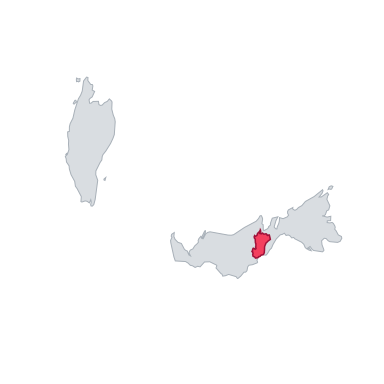 Telang Usan, Sarawak, Malaysia (highlighted), rotated 27°
{"feature_id": "92858781B46981369874280", "entity_name": "Telang Usan", "entity_type": "district", "adm_level": 2, "iso_a3": "MYS", "parent_name": "Malaysia", "parent_adm1": "Sarawak", "projection": "equal_earth", "projection_center": [114.732, 3.333], "detail": "fine", "context": "in_parent", "style": "filled", "palette": "rose", "viewbox_px": 384, "rotation_deg": 27, "n_neighbors": 0, "source": "geoboundaries", "source_scale": "gbopen_adm2", "svg_char_len": 6466}
<svg xmlns="http://www.w3.org/2000/svg" viewBox="0 0 384 384"><g transform="rotate(27 192 192)"><path d="M320.0,190.6L318.1,190.1L315.3,187.8L312.5,187.0L304.5,187.0L303.3,186.3L301.7,187.6L298.9,186.5L297.3,186.6L295.5,188.0L293.0,186.8L291.7,188.8L290.1,190.1L288.4,195.5L288.0,202.0L288.3,206.0L287.5,208.2L287.2,212.7L286.6,214.7L284.3,215.6L283.3,214.9L281.3,217.7L280.8,218.8L280.7,223.2L282.3,224.7L282.2,225.6L278.9,229.3L276.0,231.4L275.6,233.3L276.7,237.2L276.2,239.0L274.7,239.9L273.6,244.9L272.2,248.1L271.7,248.4L269.7,247.4L262.1,248.8L259.8,251.4L257.6,253.0L255.9,251.5L255.0,251.6L247.9,248.8L247.6,246.4L246.9,246.0L239.5,246.1L234.9,248.7L233.2,255.0L230.8,255.6L229.0,257.8L225.8,257.5L223.8,258.1L220.7,257.1L217.8,256.9L208.4,261.0L205.4,258.1L196.2,246.9L194.9,244.9L194.7,241.5L193.6,240.9L193.3,240.0L193.1,238.9L194.6,236.2L196.0,239.8L198.3,241.8L202.2,243.2L205.9,242.7L211.1,246.4L212.8,246.9L214.5,246.7L217.8,249.5L219.7,249.6L217.1,247.7L216.7,246.2L216.9,244.5L218.6,242.3L218.9,238.8L220.2,235.4L220.5,233.8L219.5,232.5L219.3,230.4L220.0,227.5L221.8,229.0L223.2,228.6L223.2,223.2L224.3,220.9L226.1,219.3L243.7,214.0L246.6,212.7L248.5,211.1L254.9,199.7L262.4,189.0L263.4,185.3L263.4,182.6L263.8,182.0L264.6,181.6L266.3,183.0L267.2,184.0L268.7,188.6L270.2,188.8L272.6,193.2L273.2,193.7L273.9,193.4L275.9,190.6L276.4,188.5L276.0,188.2L276.9,185.8L276.1,184.3L275.4,178.9L279.8,175.1L279.8,179.5L281.1,185.9L283.3,186.8L284.4,186.4L283.8,184.5L283.6,180.7L283.0,178.2L281.6,175.1L285.3,174.4L288.1,171.0L288.6,168.8L286.8,167.5L286.0,165.9L286.0,164.2L288.9,160.1L289.2,161.3L291.1,161.6L292.0,161.6L293.2,159.9L293.9,157.5L296.1,154.2L297.3,149.0L302.9,140.6L307.3,130.7L308.2,131.5L308.5,134.2L307.5,138.8L309.5,137.7L312.9,131.2L314.9,132.2L314.7,134.0L315.5,137.3L321.1,141.7L321.9,145.9L320.6,147.5L321.1,151.7L320.6,153.0L318.8,154.2L323.8,153.0L326.7,150.6L328.5,154.6L325.6,156.2L326.3,157.9L329.0,156.9L330.6,155.5L332.2,155.8L334.8,157.5L335.6,158.4L336.1,160.4L337.9,161.1L341.8,163.8L345.3,163.8L346.5,165.2L346.4,168.7L344.6,170.8L337.3,173.7L335.4,173.6L332.7,172.6L330.8,173.2L329.6,176.6L331.8,180.0L335.6,183.5L336.1,184.4L335.4,186.1L326.9,188.9L325.1,188.6L321.9,186.9L320.0,190.6ZM45.0,142.3L45.9,137.5L47.3,137.2L48.6,140.0L53.0,142.2L54.4,141.5L55.0,141.9L55.6,142.7L56.8,146.5L59.6,146.6L59.9,152.6L58.6,155.0L58.4,156.6L60.5,159.4L61.7,158.7L62.8,156.2L67.5,153.7L69.4,156.4L71.2,156.4L72.5,155.4L73.5,152.1L75.4,149.7L76.1,146.6L78.9,147.4L79.9,148.1L82.9,154.6L86.9,159.2L89.9,161.8L91.7,164.3L96.7,176.1L97.2,180.0L97.4,185.8L96.6,194.7L95.7,199.1L95.9,201.2L97.1,204.4L96.7,207.4L96.8,216.9L98.4,220.3L102.7,224.4L109.1,242.6L110.2,247.8L109.6,249.8L108.4,250.3L107.4,249.2L106.8,246.7L105.3,244.8L105.5,248.3L102.7,247.9L100.8,248.5L98.5,250.9L97.4,251.0L95.5,246.4L88.2,241.2L85.5,239.8L82.7,235.8L76.4,231.5L72.3,227.2L70.6,224.5L66.5,222.2L64.7,219.4L63.0,217.9L63.9,215.2L63.1,210.1L60.2,205.4L58.8,202.2L56.1,198.9L53.9,194.9L55.2,193.7L53.1,189.4L52.4,186.3L52.4,180.3L50.3,172.0L48.5,160.5L48.8,156.4L48.4,152.0L45.0,142.3ZM313.1,126.9L312.1,128.0L311.9,125.0L313.2,123.3L315.0,123.0L315.1,125.8L314.6,126.6L313.1,126.9ZM40.7,141.8L41.8,144.1L40.9,145.4L40.3,145.1L39.0,146.1L37.7,143.9L37.5,142.8L39.1,143.0L40.7,141.8ZM222.4,227.9L221.9,228.2L221.1,227.4L221.0,221.0L221.5,220.4L222.2,221.6L222.4,227.9ZM48.2,164.2L47.0,167.3L45.9,166.9L46.1,163.5L46.8,163.0L48.2,164.2ZM324.9,190.2L322.7,190.6L321.2,190.6L321.4,188.9L322.1,188.6L324.9,190.2ZM109.2,221.2L108.0,221.2L107.7,220.4L108.6,218.2L109.2,221.2ZM63.4,215.7L62.6,216.1L62.7,214.8L63.2,214.0L63.4,215.7Z" fill="#d9dde1" stroke="#a8b0b8" stroke-width="1"/><path d="M280.9,219.2L281.2,219.2L281.4,218.9L281.5,218.8L281.6,218.7L281.8,218.5L281.9,218.3L282.0,218.1L282.0,217.9L282.1,217.4L282.1,217.1L282.3,216.8L282.4,216.7L282.6,216.7L282.8,216.5L282.9,216.3L283.1,216.2L283.3,216.1L283.4,215.9L283.6,215.8L283.7,215.6L283.9,215.3L283.9,215.1L284.0,214.8L284.0,214.6L284.0,214.4L283.9,214.0L284.0,213.6L284.0,213.3L283.9,213.0L283.7,212.7L283.5,212.2L282.9,210.7L281.6,208.0L281.5,207.6L281.3,206.6L281.3,206.1L281.3,205.4L281.2,204.9L281.1,204.6L281.1,203.9L281.3,203.6L281.6,202.7L281.7,202.3L282.0,201.3L282.9,199.5L283.1,199.0L283.3,198.8L283.3,198.5L282.9,198.1L282.6,197.9L282.4,197.5L280.4,195.2L280.2,195.2L280.1,195.3L279.9,195.5L279.7,195.7L279.5,196.0L279.3,196.2L279.0,196.5L278.7,196.5L278.5,196.2L278.2,195.9L277.9,195.9L277.6,195.8L277.4,195.6L277.1,195.6L276.8,195.8L276.5,195.9L276.3,196.1L275.7,196.6L275.4,196.7L275.0,196.9L274.7,197.0L274.5,196.8L274.3,196.8L274.1,196.7L273.7,196.6L273.3,196.6L273.1,196.7L273.0,197.1L272.9,197.6L272.7,197.8L272.3,197.9L272.0,197.9L271.9,198.0L271.6,198.1L271.4,198.2L271.2,198.2L270.9,198.0L271.0,197.9L271.0,197.7L270.9,197.7L270.7,197.7L270.8,197.3L270.8,197.2L271.0,197.1L271.1,196.9L271.1,196.6L271.0,196.4L270.9,196.3L270.7,196.3L270.7,196.2L270.9,196.1L270.7,196.0L270.6,195.9L270.6,195.7L270.4,195.6L270.4,195.4L270.4,195.2L270.5,195.1L270.4,194.9L270.1,194.7L270.2,195.0L270.1,195.4L270.1,195.9L270.1,196.6L270.0,197.0L269.8,197.3L269.7,197.6L269.6,197.9L269.5,198.3L269.4,198.7L269.2,199.1L269.3,199.5L269.3,200.1L269.6,200.4L269.5,201.3L269.4,201.6L269.0,201.8L268.8,202.1L268.7,202.6L268.6,202.9L268.2,203.2L267.9,203.1L267.6,202.8L267.6,203.3L267.8,203.8L268.0,204.0L268.3,204.5L268.6,204.8L268.8,204.9L269.1,205.0L269.3,205.1L269.5,205.1L269.8,205.3L270.0,205.8L270.4,206.5L270.6,206.9L270.8,207.2L271.0,207.5L271.2,207.9L271.5,208.4L271.8,208.6L272.0,208.9L272.3,209.0L272.5,209.2L272.8,210.0L273.0,210.3L273.3,210.8L273.6,211.5L273.6,211.8L273.6,212.2L273.9,212.5L274.1,212.6L274.3,212.7L274.5,212.8L274.7,213.3L274.7,213.7L274.5,214.0L274.3,214.4L274.1,214.4L273.9,214.2L273.7,214.1L273.4,214.1L273.1,214.2L272.7,214.3L272.4,214.2L272.1,214.3L272.1,214.6L272.0,215.2L272.1,215.7L272.2,215.9L272.4,216.2L272.4,216.5L272.5,216.9L272.4,217.2L272.3,217.7L272.4,217.8L272.6,217.9L272.8,217.8L272.9,217.7L273.1,217.7L273.4,217.9L273.5,218.0L273.6,218.5L273.9,218.7L274.0,218.8L274.4,219.2L274.4,219.3L274.4,219.5L274.4,219.9L274.4,220.1L274.5,220.2L274.6,220.3L274.8,220.5L275.1,221.0L275.3,221.2L275.4,221.4L275.5,221.5L277.0,221.5L277.6,221.5L277.9,221.7L278.1,221.9L278.4,222.0L278.8,222.0L279.4,221.5L279.6,221.2L280.0,221.0L280.2,220.8L280.4,220.6L280.6,220.3L280.7,219.8L280.8,219.6L280.8,219.4L280.9,219.2Z" fill="#f43f5e" stroke="#9f1239" stroke-width="1.5"/></g></svg>